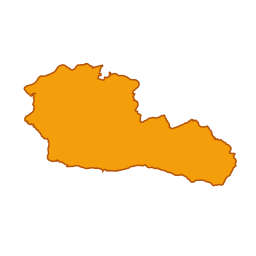 Axente Sever, Sibiu, Romania, rotated 348°
{"feature_id": "2599482B14007981056124", "entity_name": "Axente Sever", "entity_type": "district", "adm_level": 2, "iso_a3": "ROU", "parent_name": "Romania", "parent_adm1": "Sibiu", "projection": "robinson", "projection_center": [24.236, 46.068], "detail": "fine", "context": "isolated", "style": "filled", "palette": "amber", "viewbox_px": 256, "rotation_deg": 348, "n_neighbors": 0, "source": "geoboundaries", "source_scale": "gbopen_adm2", "svg_char_len": 5791}
<svg xmlns="http://www.w3.org/2000/svg" viewBox="0 0 256 256"><g transform="rotate(348 128 128)"><path d="M227.2,175.4L226.0,174.8L224.1,174.4L222.2,173.5L222.4,172.5L224.2,170.4L224.4,169.5L224.5,168.4L222.8,165.5L221.8,164.7L221.1,164.6L220.5,163.8L220.3,162.5L219.1,162.1L218.6,161.7L218.2,161.3L217.8,160.4L216.9,159.7L216.5,158.8L215.0,158.7L213.4,158.2L213.1,158.0L213.1,157.2L211.8,157.3L210.5,157.0L211.2,156.3L211.2,155.9L210.7,155.5L210.6,155.0L209.9,154.9L209.6,153.7L208.8,152.8L208.8,152.4L209.1,151.8L208.9,151.3L208.5,150.9L208.6,150.4L209.0,149.4L209.0,148.7L207.7,147.0L207.3,146.1L207.1,145.0L206.9,144.8L206.8,143.9L206.2,143.6L206.0,142.7L205.1,142.9L201.3,142.6L200.3,142.3L198.9,141.3L198.2,140.6L197.8,139.7L197.8,139.1L197.9,137.3L196.9,136.2L196.7,135.5L195.8,134.4L193.8,134.7L193.7,134.3L193.3,134.2L193.3,133.8L192.8,133.9L192.8,133.3L192.1,133.0L191.4,133.0L191.2,133.4L190.8,133.4L191.0,133.2L190.7,133.3L190.4,133.7L189.9,133.9L189.8,134.1L189.0,134.0L188.6,134.2L188.6,134.5L188.3,134.5L187.6,135.0L186.1,135.3L184.9,135.0L184.0,135.5L182.7,136.0L180.8,136.2L179.2,136.7L178.5,136.7L177.6,137.0L173.3,137.5L171.6,137.9L170.6,137.5L169.5,136.4L168.7,136.1L169.0,135.7L169.1,135.4L168.8,134.4L169.2,133.0L168.4,131.2L167.7,129.9L168.1,129.6L167.2,128.4L167.3,127.8L167.1,126.7L166.5,125.4L166.4,123.2L163.7,122.9L160.8,123.9L159.4,123.9L158.5,124.2L157.0,124.0L155.0,123.0L150.8,122.9L149.0,123.6L148.5,124.0L146.1,124.4L144.0,125.2L142.7,125.1L141.4,124.7L142.0,121.3L142.6,119.4L143.3,118.2L142.3,116.9L141.8,116.6L140.9,116.4L140.5,116.0L140.5,114.8L140.8,113.7L138.9,113.0L138.8,112.3L138.9,112.0L142.5,108.0L142.8,105.7L142.6,104.7L142.6,104.1L141.3,103.1L140.6,102.4L140.5,102.1L140.1,102.1L139.9,102.4L139.3,102.0L139.9,101.1L140.0,100.6L140.0,99.9L139.5,98.7L139.5,98.2L140.5,97.7L140.6,97.3L141.0,97.0L141.2,96.6L141.3,96.1L141.5,95.9L139.7,95.4L140.7,93.3L141.2,92.9L144.9,90.7L146.3,90.0L147.0,89.4L147.9,87.9L147.9,85.7L147.7,84.9L145.9,82.8L145.0,82.4L140.5,81.2L138.7,79.1L137.1,77.6L135.7,76.6L134.3,75.9L132.9,75.3L130.6,75.1L129.7,74.7L128.9,74.0L128.6,73.4L128.2,73.0L126.9,72.2L125.9,71.9L124.8,71.9L123.9,72.0L123.6,72.2L123.2,72.2L122.8,71.9L122.4,71.1L122.4,70.6L122.0,70.1L121.5,69.7L121.2,70.2L121.1,70.9L121.2,73.2L120.1,73.3L118.7,74.2L117.7,74.5L116.8,73.8L115.8,73.5L115.2,74.6L114.8,75.6L114.3,76.1L113.0,75.7L111.4,74.9L111.3,74.7L108.9,73.5L110.2,70.8L112.5,70.9L112.8,69.4L111.2,68.9L113.7,64.0L114.7,62.8L116.1,62.0L116.2,61.8L116.0,61.3L109.3,61.5L105.9,61.9L106.0,61.3L106.2,61.0L106.1,60.6L105.1,60.1L104.4,59.4L103.8,59.1L102.1,57.1L101.5,56.7L99.7,56.3L99.3,56.6L98.2,56.9L96.9,56.7L96.1,56.9L95.0,56.3L94.2,56.4L92.1,56.0L91.1,56.5L89.6,57.6L89.3,58.1L88.7,58.7L86.5,59.6L85.2,59.5L84.5,59.2L83.3,57.7L81.1,55.7L79.9,54.3L78.9,53.4L77.3,52.7L75.6,52.7L74.1,53.0L72.5,53.5L68.5,57.4L66.9,58.1L63.8,58.9L58.1,59.9L56.7,59.9L53.9,59.1L52.8,59.2L52.1,59.5L50.3,60.8L49.0,62.6L48.1,63.4L46.7,64.3L45.1,65.0L43.5,65.4L40.8,65.7L38.6,65.7L36.7,66.2L35.3,67.0L34.8,67.5L34.7,68.1L34.8,68.8L36.4,72.2L37.1,73.3L38.3,74.4L39.5,76.5L40.9,76.5L41.0,75.5L41.2,74.9L41.6,74.7L44.2,74.7L44.4,74.9L42.3,75.2L41.8,75.6L42.6,77.3L42.6,77.7L42.5,78.2L41.9,78.7L41.8,79.0L41.7,79.5L42.0,80.4L41.8,81.7L39.8,85.5L40.2,85.9L40.8,87.3L40.6,88.4L40.0,89.2L39.3,91.3L38.3,92.3L37.5,92.8L34.2,94.3L32.6,95.1L30.7,95.4L29.9,96.4L29.3,97.0L29.0,97.7L28.8,99.4L29.2,100.0L31.3,100.7L31.3,100.9L30.5,101.2L30.8,101.8L31.0,102.6L32.2,103.7L33.8,104.5L34.2,103.9L35.2,104.7L35.6,104.6L36.5,105.3L36.5,105.7L35.7,106.3L35.7,106.9L36.2,107.4L37.0,107.8L37.5,108.2L37.4,109.0L38.4,110.8L38.7,111.0L39.6,111.2L39.7,111.4L39.4,111.9L41.2,115.1L41.3,115.9L41.9,117.3L41.8,118.0L43.1,119.1L43.4,120.5L44.9,121.4L46.0,121.4L46.6,121.7L47.6,123.5L47.1,125.1L47.5,125.8L47.6,126.6L47.4,127.6L46.0,130.5L45.2,132.7L45.3,133.4L45.0,136.6L43.7,138.1L43.4,138.7L43.4,139.6L43.0,141.0L43.5,142.6L44.1,142.7L44.7,143.5L45.9,143.9L46.9,145.0L49.8,145.1L51.3,145.7L51.6,145.4L51.5,145.0L52.0,144.6L53.1,145.4L53.4,146.4L53.8,146.9L56.0,147.5L58.6,150.0L61.1,152.0L60.2,152.7L60.5,153.2L61.9,153.3L66.1,154.1L68.1,153.9L70.7,154.3L72.4,155.0L72.8,155.7L73.3,155.9L74.5,156.8L75.6,157.0L77.5,158.4L78.9,159.0L79.8,159.1L80.9,159.1L81.4,159.3L83.7,159.3L85.8,159.7L86.5,160.0L87.0,160.5L87.6,160.6L88.5,160.4L88.9,160.9L91.1,161.3L93.6,163.0L94.6,164.1L94.5,165.0L95.2,164.3L96.3,163.6L97.0,164.0L97.8,164.8L97.9,165.0L98.1,165.3L98.4,165.6L98.9,165.0L99.7,165.7L101.8,165.8L101.8,166.3L102.6,166.3L104.2,166.6L106.0,167.4L107.2,167.3L107.9,167.6L108.5,167.3L108.5,167.7L115.8,167.6L120.5,167.3L121.7,166.6L122.2,166.4L125.0,166.6L128.0,166.4L131.1,166.8L134.8,168.1L137.0,167.7L137.5,168.0L138.8,170.2L139.3,170.6L140.8,171.3L142.2,171.4L143.2,171.3L144.0,171.8L144.1,172.1L144.8,172.4L145.9,173.3L147.1,173.3L148.5,173.4L148.8,173.9L149.4,174.2L149.8,174.7L150.7,175.0L151.5,175.8L152.1,176.1L152.6,176.1L154.4,177.0L156.5,178.3L156.7,178.7L157.9,179.6L159.6,180.2L159.9,180.6L160.7,180.8L161.9,181.4L162.2,182.1L163.7,183.3L164.1,183.8L165.7,184.3L166.4,184.3L166.7,184.5L168.6,184.8L169.5,184.8L169.8,184.5L170.3,185.0L172.1,185.4L172.5,186.1L175.6,188.6L175.7,189.6L175.6,189.8L177.0,191.2L177.3,191.2L177.5,191.6L177.4,191.8L178.4,193.8L180.6,194.5L182.4,193.9L183.0,193.4L184.1,193.4L188.9,194.1L192.2,195.6L193.5,196.6L193.7,197.0L194.7,197.2L196.4,198.1L197.7,199.2L199.2,201.9L200.3,202.2L201.7,202.0L202.9,202.3L205.5,202.3L207.9,203.3L209.3,202.8L210.2,201.4L211.0,200.8L212.4,198.8L214.1,197.0L215.4,196.2L217.7,195.5L220.7,191.7L221.4,191.2L222.3,189.6L222.8,188.9L225.6,187.5L225.5,185.5L225.6,184.8L226.4,184.0L226.8,183.2L227.0,182.3L226.3,180.2L225.1,178.0L225.1,177.7L226.9,176.1L227.2,175.4Z" fill="#f59e0b" stroke="#b45309" stroke-width="1.5"/></g></svg>